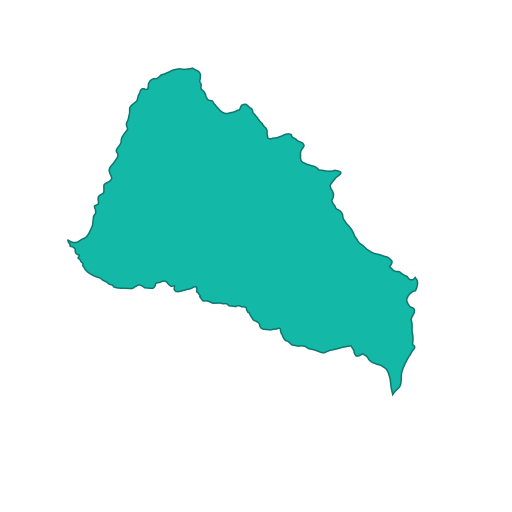 outline of Iles, Nariño, Colombia, rotated 219°
{"feature_id": "7082276B76262709729970", "entity_name": "Iles", "entity_type": "district", "adm_level": 2, "iso_a3": "COL", "parent_name": "Colombia", "parent_adm1": "Nariño", "projection": "orthographic", "projection_center": [-77.509, 0.985], "detail": "fine", "context": "isolated", "style": "filled", "palette": "teal", "viewbox_px": 512, "rotation_deg": 219, "n_neighbors": 0, "source": "geoboundaries", "source_scale": "gbopen_adm2", "svg_char_len": 6129}
<svg xmlns="http://www.w3.org/2000/svg" viewBox="0 0 512 512"><g transform="rotate(219 256 256)"><path d="M423.6,362.1L424.8,360.3L428.5,356.5L430.4,355.0L433.1,353.5L435.1,351.3L437.8,347.9L439.3,344.3L440.5,342.4L441.4,340.3L443.5,337.3L443.9,336.0L444.0,333.7L444.6,331.8L445.0,331.1L446.6,329.9L447.4,328.9L448.1,327.4L448.5,325.8L448.4,324.3L447.9,322.1L445.4,318.3L445.3,317.3L446.3,316.1L448.3,315.5L449.2,314.8L449.9,313.8L450.0,312.0L449.9,311.5L449.4,310.8L449.0,309.9L448.5,306.9L446.3,302.0L446.4,300.2L447.6,294.6L447.5,293.0L447.3,291.5L443.9,287.1L443.1,285.2L441.5,282.2L440.0,277.3L439.2,276.3L435.7,274.0L435.4,272.5L435.4,268.6L434.9,264.1L433.8,261.3L432.6,259.8L432.1,258.6L431.8,257.1L431.6,252.4L431.2,250.7L430.8,249.8L429.9,249.2L427.5,248.3L426.1,246.5L425.7,245.1L425.2,239.1L425.3,234.0L425.1,232.4L424.3,230.4L422.7,229.0L417.5,226.1L417.0,225.5L416.7,224.7L416.7,222.8L417.1,221.0L418.0,219.3L418.6,217.7L419.0,216.2L418.5,214.9L415.3,211.0L414.7,210.3L414.3,209.3L414.5,207.8L415.7,204.6L415.7,202.8L415.0,201.3L411.9,198.3L411.4,197.2L411.4,196.5L413.0,193.4L412.7,192.7L411.9,192.1L409.4,190.6L407.7,188.6L407.4,187.5L407.5,186.0L407.2,184.5L402.7,177.6L402.1,176.2L401.1,172.7L400.0,167.7L399.8,164.1L400.2,162.6L401.8,159.5L403.4,154.5L404.4,153.3L406.1,151.7L408.9,150.5L411.0,150.3L412.1,150.0L411.9,149.6L410.1,148.5L408.0,148.1L406.8,146.8L406.0,146.7L404.6,147.7L401.4,147.9L400.6,147.3L399.0,145.4L397.8,144.8L395.4,144.8L394.2,145.4L393.7,145.4L393.2,144.5L393.3,142.8L393.1,142.5L392.3,142.2L391.4,142.6L390.8,142.6L389.1,141.7L387.7,141.3L387.3,141.3L386.6,141.6L385.6,141.1L384.6,139.6L384.1,139.2L382.5,139.0L380.3,138.0L377.2,137.6L374.4,137.7L370.6,138.3L367.6,139.1L363.0,140.9L359.8,140.8L355.6,141.7L352.3,141.7L349.7,142.9L348.8,143.0L347.1,142.5L346.4,142.7L343.7,143.9L339.9,146.5L339.1,147.3L332.4,152.2L331.4,153.4L331.1,154.7L329.2,159.3L328.2,160.3L327.1,160.8L324.6,161.3L322.8,161.1L321.2,162.1L316.4,165.4L315.7,166.2L315.4,168.0L315.8,169.9L316.5,171.2L316.6,171.7L316.0,172.9L314.3,174.7L313.0,177.2L311.2,179.1L309.6,179.6L305.7,178.9L303.0,178.9L301.8,180.2L301.2,181.2L300.6,181.4L299.8,180.5L298.9,178.8L298.4,178.5L296.5,178.0L295.8,178.2L294.3,179.0L292.9,180.6L288.0,187.3L286.3,189.3L284.5,193.3L284.1,193.7L283.1,194.2L282.6,194.3L281.7,193.8L279.8,191.0L278.8,190.8L278.1,191.1L276.1,190.3L274.0,190.0L274.1,189.0L269.3,187.7L268.1,188.4L265.6,190.4L263.4,191.2L260.0,192.0L254.0,197.1L251.7,198.0L250.4,199.3L249.1,200.2L247.9,200.5L245.7,200.3L245.0,200.6L244.0,201.5L239.8,204.0L239.2,205.6L237.7,206.8L234.7,207.7L234.0,208.5L232.2,209.5L231.1,209.6L230.5,209.3L229.5,208.3L227.7,207.5L227.0,207.2L225.0,207.4L223.3,206.4L218.5,204.8L217.1,204.6L215.2,205.3L212.4,205.7L211.6,205.6L210.3,205.2L209.9,204.7L208.1,203.6L207.3,203.2L206.6,203.2L204.4,203.6L198.3,207.6L196.1,210.4L194.5,211.6L192.8,214.3L192.0,214.7L191.0,214.6L190.0,213.4L188.0,211.9L186.2,211.3L183.7,209.9L181.3,209.1L179.7,208.9L178.6,209.5L177.4,209.8L173.8,209.6L173.0,209.4L171.4,209.8L170.6,210.4L166.6,212.4L164.9,214.1L162.7,215.8L160.4,216.8L157.1,217.0L156.3,217.3L153.9,218.7L150.3,220.2L144.5,222.1L142.2,223.5L139.6,228.5L134.3,235.2L131.3,239.6L129.2,241.8L128.3,243.2L126.5,245.0L125.7,246.0L120.9,244.3L120.0,243.8L118.9,242.7L117.8,242.1L115.2,241.3L114.2,242.1L113.1,243.2L112.3,245.1L111.8,246.7L111.0,247.2L107.0,247.7L105.5,247.4L102.2,246.3L99.5,246.4L98.2,246.6L93.7,248.0L91.2,249.2L90.0,249.6L85.7,250.1L83.7,250.1L80.9,249.2L76.5,246.4L73.9,244.4L68.3,238.9L62.5,234.3L62.7,236.1L62.7,238.4L62.0,244.3L62.5,246.4L63.3,248.3L65.4,251.4L68.7,255.8L69.5,257.3L71.1,261.4L72.7,267.3L74.0,274.4L74.0,276.3L74.8,280.6L74.7,282.5L74.8,284.0L75.0,284.7L76.1,285.7L78.4,285.8L78.8,286.0L81.1,289.5L83.6,292.4L87.6,296.0L90.7,300.0L92.4,301.8L95.7,304.5L96.4,306.6L97.0,310.2L97.7,312.2L98.6,313.5L99.8,314.2L100.6,314.4L102.0,314.2L104.3,313.5L104.9,313.6L108.4,314.7L110.5,315.9L111.3,316.8L112.0,318.2L112.5,320.0L112.7,322.6L112.3,325.2L111.8,326.9L111.5,327.6L110.2,329.4L111.1,332.5L112.8,335.8L113.8,337.1L115.8,338.6L118.8,339.5L118.8,337.8L119.1,336.5L119.9,335.6L120.6,335.0L122.0,334.5L122.8,334.4L125.7,335.2L128.4,334.4L131.2,334.1L134.1,334.1L135.3,333.7L137.4,332.1L139.1,331.4L140.0,331.3L145.6,331.9L145.5,334.1L146.0,336.0L146.6,337.1L147.1,337.5L148.2,337.8L152.0,338.0L153.3,337.8L156.1,336.5L160.9,334.8L165.8,332.3L169.4,331.5L174.0,331.0L179.7,331.4L182.1,331.2L184.5,331.2L186.2,331.7L188.5,332.6L191.8,333.5L194.7,335.2L198.0,336.6L199.8,337.1L206.5,338.3L211.1,339.7L212.1,340.2L215.0,342.8L216.2,343.3L218.4,343.9L219.3,343.9L221.2,343.7L222.8,343.2L223.9,343.3L225.9,344.4L229.3,345.3L232.1,346.7L232.3,348.1L233.1,350.5L234.4,352.5L235.8,353.7L237.3,354.5L240.4,355.6L242.7,357.2L243.0,358.3L243.2,362.3L243.2,367.3L242.0,372.5L242.3,374.0L243.2,374.4L244.2,374.3L245.1,374.0L248.6,372.3L250.2,369.9L252.1,368.3L254.2,366.6L258.8,364.1L261.3,362.2L262.3,362.6L264.2,362.8L267.0,362.3L274.2,359.3L278.9,358.2L280.0,358.2L281.5,358.7L282.4,359.7L283.4,360.3L284.4,362.0L285.9,363.5L287.3,366.0L287.8,371.2L288.2,372.1L288.7,372.4L289.9,372.9L291.1,373.1L295.8,371.8L297.3,371.7L298.7,371.9L302.7,371.2L304.8,372.4L305.6,372.4L307.5,371.4L308.6,370.4L309.8,369.0L311.6,365.3L314.2,361.1L315.1,360.0L316.8,358.4L318.7,355.9L319.3,355.6L321.2,355.1L322.8,356.8L323.5,357.1L326.3,360.4L328.6,361.6L330.4,361.7L332.8,362.1L334.5,362.9L336.1,362.9L338.5,363.3L339.1,363.6L340.3,363.5L341.5,364.3L344.3,364.7L345.8,365.1L348.1,365.3L348.6,365.4L350.1,366.8L352.3,367.8L353.6,367.3L358.2,367.7L359.7,367.3L360.4,366.8L362.0,364.3L361.8,362.2L361.1,361.0L361.1,358.7L362.3,357.3L362.7,355.9L364.8,352.6L365.8,351.6L367.4,349.3L368.6,348.2L370.0,347.2L372.3,346.6L375.6,346.5L380.4,347.2L383.0,347.8L385.4,348.1L387.3,349.1L391.0,347.2L392.3,347.3L395.3,348.3L396.5,349.5L399.1,350.8L401.2,351.2L403.0,351.1L403.9,351.4L404.9,352.4L406.5,354.8L407.3,355.3L408.8,355.7L409.4,356.1L410.1,357.0L411.0,358.8L412.4,360.9L413.4,362.0L414.5,362.7L415.8,363.1L417.6,363.2L421.7,362.3L423.6,362.1Z" fill="#14b8a6" stroke="#0f766e" stroke-width="1.5"/></g></svg>